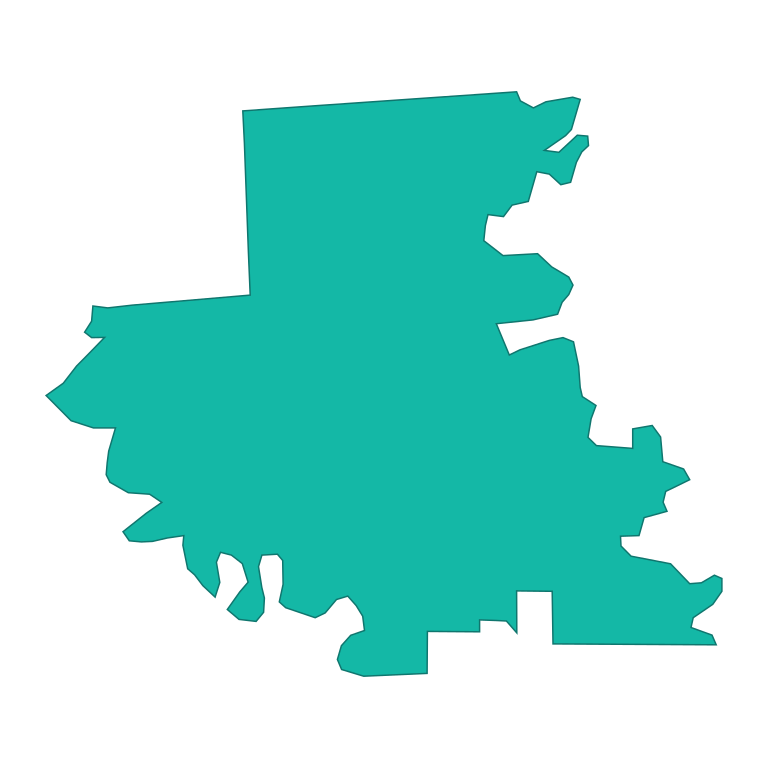 Guaporé, Rio Grande do Sul, Brazil
{"feature_id": "56859067B75803801424105", "entity_name": "Guaporé", "entity_type": "district", "adm_level": 2, "iso_a3": "BRA", "parent_name": "Brazil", "parent_adm1": "Rio Grande do Sul", "projection": "mercator", "projection_center": [-51.895, -28.851], "detail": "fine", "context": "isolated", "style": "filled", "palette": "teal", "viewbox_px": 768, "rotation_deg": 0, "n_neighbors": 0, "source": "geoboundaries", "source_scale": "gbopen_adm2", "svg_char_len": 1967}
<svg xmlns="http://www.w3.org/2000/svg" viewBox="0 0 768 768"><path d="M363.7,676.2L427.1,673.4L427.4,631.4L479.6,631.8L479.6,619.9L496.6,620.5L506.4,621.0L516.8,632.9L516.6,590.9L552.2,591.3L553.0,643.9L716.2,644.8L712.0,635.1L691.0,627.5L693.2,617.7L712.8,604.3L721.9,591.3L721.9,578.5L714.4,575.2L701.4,582.8L689.7,583.7L670.6,563.8L631.1,556.2L621.0,546.0L620.5,536.2L639.0,535.6L644.1,517.6L667.0,511.3L663.1,502.2L665.7,491.4L689.7,479.7L683.6,469.0L662.8,461.7L660.6,437.0L652.2,425.5L632.7,428.9L632.7,448.4L596.4,445.6L588.0,437.4L591.1,418.8L596.0,405.5L582.3,396.6L580.2,387.5L578.6,366.1L573.5,341.8L563.0,337.6L549.3,340.4L520.0,349.8L509.3,355.0L496.3,323.7L533.0,319.9L557.6,314.2L562.1,302.3L568.8,294.5L573.0,285.1L568.8,277.1L551.7,266.9L537.6,253.7L503.0,255.6L483.8,240.7L485.4,225.5L488.0,214.6L503.5,216.6L512.1,205.1L528.3,201.4L536.8,171.7L549.3,174.1L560.8,184.7L570.6,182.3L576.4,162.3L581.8,151.9L588.5,145.6L587.7,136.1L577.3,135.2L558.9,152.3L544.3,150.4L565.6,135.6L571.4,129.5L580.2,99.4L572.7,97.2L545.9,101.8L533.4,107.9L520.4,100.9L516.6,91.8L316.1,105.7L242.8,110.9L244.4,143.2L248.4,252.2L250.2,295.1L132.6,305.1L107.8,307.9L92.9,306.0L91.6,321.2L84.6,332.2L91.6,337.6L104.6,337.4L87.9,354.6L76.6,366.0L63.3,383.2L46.1,395.5L71.1,420.7L93.4,427.9L115.5,427.9L108.7,451.1L107.2,462.7L106.2,474.7L110.0,482.3L128.3,492.7L149.6,494.2L161.8,502.4L146.2,513.3L123.0,531.7L129.3,540.8L141.3,541.9L152.5,541.4L167.2,538.0L183.8,535.6L182.9,545.3L187.7,568.8L194.6,574.8L202.9,585.7L215.1,597.1L219.8,582.4L216.4,562.2L220.5,552.3L231.4,555.1L242.3,563.6L248.1,582.2L239.8,591.9L227.3,609.5L239.0,619.4L256.1,621.4L263.6,612.3L264.4,598.0L261.8,587.4L258.5,566.6L261.9,555.1L277.4,554.2L282.7,560.5L283.1,584.3L279.3,601.9L285.7,607.7L315.2,617.7L325.2,612.9L336.5,599.5L347.8,596.1L356.2,605.6L362.7,616.2L364.5,630.5L350.7,635.3L341.4,645.7L337.4,659.5L341.6,669.5L363.7,676.2Z" fill="#14b8a6" stroke="#0f766e" stroke-width="1.5"/></svg>